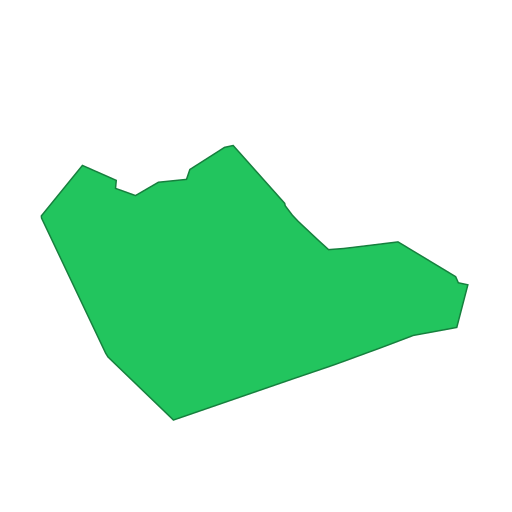 Putnam, West Virginia, United States of America, rotated 254°
{"feature_id": "52423323B57227044271889", "entity_name": "Putnam", "entity_type": "district", "adm_level": 2, "iso_a3": "USA", "parent_name": "United States of America", "parent_adm1": "West Virginia", "projection": "albers", "projection_center": [-81.873, 38.475], "detail": "fine", "context": "isolated", "style": "filled", "palette": "green", "viewbox_px": 512, "rotation_deg": 254, "n_neighbors": 0, "source": "geoboundaries", "source_scale": "gbopen_adm2", "svg_char_len": 550}
<svg xmlns="http://www.w3.org/2000/svg" viewBox="0 0 512 512"><g transform="rotate(254 256 256)"><path d="M230.4,396.4L239.0,342.6L242.1,327.5L256.1,318.9L277.8,306.0L285.4,302.1L296.3,297.9L298.7,298.1L368.5,264.5L369.1,255.7L357.4,216.3L348.8,210.3L353.8,182.5L347.3,156.8L359.7,139.6L367.2,142.5L390.9,114.1L353.7,60.7L351.6,60.3L334.8,63.1L204.0,84.7L199.7,85.9L121.1,131.4L127.7,256.6L129.9,301.6L133.4,350.5L136.3,385.3L132.0,429.3L169.9,451.7L174.5,443.1L181.1,442.2L230.4,396.4Z" fill="#22c55e" stroke="#15803d" stroke-width="1.5"/></g></svg>